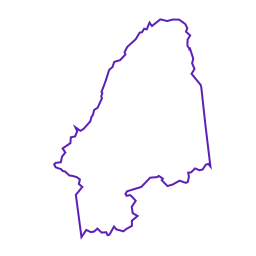 the district of Santa Clara, California, United States of America, rotated 83°
{"feature_id": "52423323B90997065310094", "entity_name": "Santa Clara", "entity_type": "district", "adm_level": 2, "iso_a3": "USA", "parent_name": "United States of America", "parent_adm1": "California", "projection": "albers", "projection_center": [-121.672, 37.189], "detail": "fine", "context": "isolated", "style": "outline", "palette": "violet", "viewbox_px": 256, "rotation_deg": 83, "n_neighbors": 0, "source": "geoboundaries", "source_scale": "gbopen_adm2", "svg_char_len": 1486}
<svg xmlns="http://www.w3.org/2000/svg" viewBox="0 0 256 256"><g transform="rotate(83 128 128)"><path d="M230.6,187.5L224.1,181.8L226.8,177.6L226.7,174.3L224.1,170.7L228.6,166.9L228.8,162.3L231.9,161.3L231.6,159.4L224.1,153.9L227.2,151.9L230.0,145.1L228.0,142.0L225.6,136.0L220.5,135.5L216.5,129.2L213.1,133.7L206.7,133.9L201.2,129.2L197.1,132.1L194.9,134.0L195.1,137.7L193.1,138.6L190.7,136.6L188.1,122.0L180.0,112.0L180.3,105.0L179.3,103.3L182.5,99.6L183.9,100.9L190.4,95.9L189.6,90.7L186.6,83.3L189.5,77.2L188.9,75.3L184.0,73.5L179.7,73.7L179.7,70.7L176.3,66.4L178.6,62.3L178.3,59.0L173.9,55.2L173.4,52.7L176.3,50.9L135.1,50.8L96.5,50.3L94.0,50.7L82.0,58.3L77.4,54.8L71.6,56.5L67.1,54.8L56.7,56.8L57.1,57.4L56.9,57.4L53.9,58.9L53.7,59.0L51.6,58.7L47.6,58.1L43.7,55.0L39.5,58.7L36.2,57.0L31.9,58.4L26.7,64.0L25.8,70.2L26.6,76.1L24.1,82.7L29.7,91.8L26.0,93.8L32.4,97.4L31.4,99.8L34.4,102.2L34.6,102.4L34.8,104.8L40.8,109.5L47.4,118.8L52.4,122.2L54.7,121.6L59.7,127.6L60.7,133.6L65.5,135.9L68.0,139.6L79.9,145.1L88.9,149.9L90.2,149.2L93.3,150.7L95.3,150.2L98.3,152.1L104.1,155.6L106.0,159.4L110.9,161.3L112.5,162.9L116.8,164.6L123.5,172.2L125.0,175.6L120.8,180.2L125.1,178.8L129.9,181.5L130.3,185.9L136.0,187.0L140.3,195.4L144.7,193.2L148.4,197.0L153.8,198.8L153.8,204.1L155.1,205.7L158.2,204.6L160.8,199.3L162.5,198.4L163.6,195.7L168.0,192.0L168.7,189.1L170.5,184.9L173.2,182.0L177.6,183.6L180.9,180.5L188.0,187.9L230.6,187.5Z" fill="none" stroke="#5b21b6" stroke-width="2"/></g></svg>